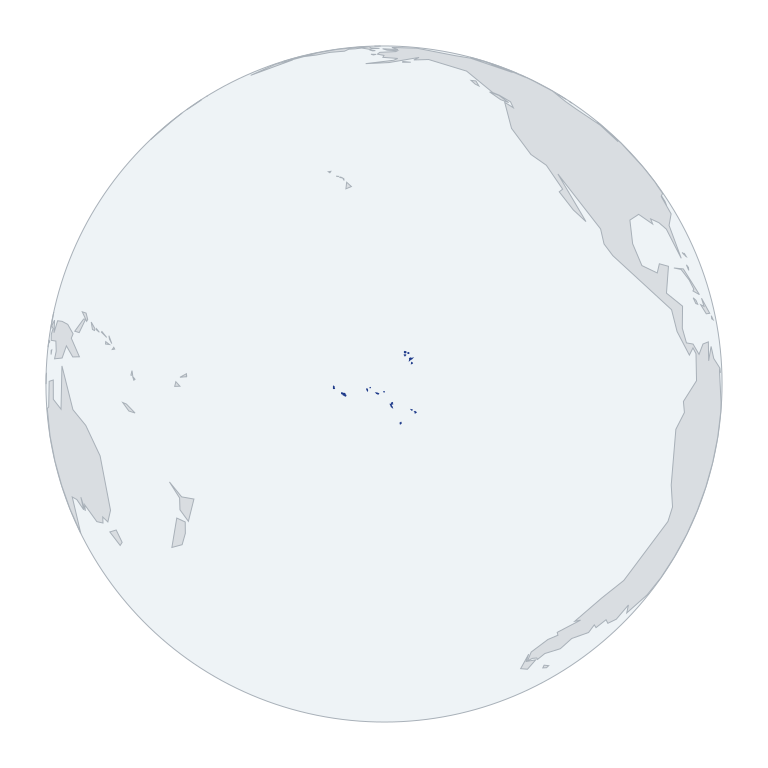 the Earth from above French Polynesia, rotated 10°
{"feature_id": "PYF", "entity_name": "French Polynesia", "entity_type": "country or territory", "adm_level": 0, "iso_a3": "PYF", "parent_name": "Oceania", "parent_adm1": "", "projection": "orthographic", "projection_center": [-142.778, -14.829], "detail": "fine", "context": "on_globe", "style": "filled", "palette": "blue", "viewbox_px": 768, "rotation_deg": 10, "n_neighbors": 0, "source": "natural_earth", "source_scale": "50m", "svg_char_len": 7815}
<svg xmlns="http://www.w3.org/2000/svg" viewBox="0 0 768 768"><g transform="rotate(10 384 384)"><circle cx="384" cy="384" r="338" fill="#eef3f6" stroke="#a8b0b8"/><path d="M187.6,408.2L188.4,410.7L188.1,411.1L187.6,408.2ZM499.2,66.3L507.2,70.7L513.7,74.3L525.6,79.9L552.1,91.6L560.1,96.8L572.4,104.7L568.9,101.7L558.0,94.8L554.5,92.3L548.5,88.8L575.6,105.6L600.9,124.9L603.5,127.2L602.6,126.3L615.9,138.2L618.9,141.5L625.3,147.9L624.5,150.4L629.0,155.4L631.4,159.3L624.2,150.9L637.2,166.6L637.2,178.3L654.9,208.6L635.2,182.5L626.7,177.4L617.9,175.1L620.8,179.8L605.3,172.7L597.7,179.9L604.5,202.7L617.4,222.6L633.8,227.2L634.3,217.8L643.7,218.7L646.4,245.5L664.5,255.5L668.1,277.3L674.7,291.0L681.4,291.0L689.1,300.1L691.2,289.2L696.1,286.2L699.7,304.8L699.6,290.2L704.3,301.6L711.8,309.8L712.2,313.3L719.1,343.5L720.5,353.2L721.9,378.6L721.3,404.2L718.8,429.6L714.4,454.7L708.2,479.5L700.0,503.7L690.1,527.2L689.3,528.5L679.8,545.9L662.8,567.3L663.1,559.2L653.6,575.3L646.0,580.8L643.6,577.6L635.1,587.1L632.9,584.7L628.6,593.2L613.1,602.0L603.6,614.1L589.2,621.5L583.0,628.6L582.0,627.3L577.8,628.4L573.4,631.8L575.5,622.4L589.7,607.2L598.9,601.2L597.7,598.5L618.6,582.4L613.0,584.6L635.7,556.8L654.3,535.8L687.5,470.1L689.5,455.0L684.4,433.6L679.3,377.9L684.8,359.9L681.9,349.2L691.2,326.5L686.0,300.0L682.0,294.8L679.7,302.5L663.5,281.4L654.3,260.9L587.1,217.9L576.4,207.9L570.4,193.7L518.8,147.0L554.7,189.0L540.2,179.7L523.2,164.3L526.1,161.1L505.9,140.4L488.9,132.5L465.2,110.1L454.0,85.7L463.4,89.5L459.6,84.1L447.5,79.6L440.5,78.1L411.0,61.5L371.6,56.7L357.1,59.7L361.8,56.3L333.0,66.6L310.3,71.7L337.3,63.5L341.0,61.0L326.2,62.5L326.9,60.4L320.2,60.3L322.3,58.1L337.9,54.6L339.5,53.4L329.0,54.7L324.4,54.1L339.7,52.2L333.3,51.2L358.2,47.6L397.3,48.3L412.5,48.1L456.5,54.9L453.9,53.8L468.9,57.2L471.4,57.6L478.9,59.7L476.0,58.8L499.2,66.3ZM312.6,198.4L312.2,191.8L317.6,195.2L312.6,198.4ZM308.6,188.5L309.4,190.5L308.0,188.9L308.6,188.5ZM305.3,187.7L307.7,188.3L304.8,188.3L305.3,187.7ZM300.7,187.6L303.2,187.4L302.9,187.7L300.7,187.6ZM658.8,218.7L679.1,241.2L672.1,238.7L672.6,236.7L666.5,228.6L656.7,219.6L649.3,219.4L658.8,218.7ZM294.0,185.4L292.3,184.6L294.7,183.8L294.0,185.4ZM657.8,205.1L654.7,202.7L657.1,203.8L657.8,205.1ZM437.2,78.0L447.2,79.9L457.9,85.2L449.5,83.7L437.2,78.0ZM417.0,69.9L421.9,69.6L425.7,74.0L421.7,72.8L417.0,69.9ZM346.5,63.1L354.5,62.5L346.5,63.9L346.5,63.1ZM318.8,60.8L316.4,61.8L313.9,61.5L318.8,60.8ZM520.1,74.7L520.3,74.8L517.7,73.6L517.1,73.4L520.1,74.7ZM314.9,57.9L311.7,57.5L317.6,57.2L314.9,57.9ZM513.7,72.0L512.8,71.6L508.2,69.8L504.5,68.3L513.7,72.0ZM311.6,56.9L303.7,57.0L297.5,58.9L310.6,54.4L313.0,55.2L321.3,54.3L314.3,55.7L311.6,56.9ZM469.9,57.2L465.1,56.0L464.8,55.9L469.9,57.2ZM440.9,50.9L444.4,51.5L443.1,51.3L455.9,53.8L460.9,55.0L444.8,52.4L433.7,50.3L441.4,51.3L426.4,49.0L428.9,49.1L429.9,49.2L440.9,50.9ZM319.1,52.4L319.5,52.3L322.1,51.8L319.1,52.4ZM427.9,48.9L421.2,48.7L414.5,47.8L414.7,47.5L412.1,47.2L423.9,48.4L427.9,48.9ZM568.0,640.6L573.4,624.9L572.2,632.6L581.3,629.3L574.8,640.0L568.0,640.6ZM590.5,633.1L595.1,632.8L593.3,635.2L589.7,636.0L590.5,633.1ZM303.2,55.9L310.6,54.4L297.5,58.9L291.2,60.4L287.3,63.1L273.5,66.7L260.2,71.8L247.3,75.8L237.9,80.3L237.5,80.9L224.5,88.4L199.1,103.2L221.5,88.0L260.0,70.0L244.5,76.5L248.6,74.5L243.4,76.7L232.7,81.8L255.5,71.5L279.1,62.8L303.2,55.9ZM232.3,82.0L230.7,82.9L229.0,83.7L232.3,82.0ZM712.0,309.9L713.3,314.6L712.4,313.2L712.0,309.9ZM673.5,245.4L676.7,247.4L679.1,251.0L677.1,250.6L673.5,245.4ZM694.5,259.9L697.0,263.6L695.4,262.9L694.5,259.9ZM681.8,244.4L692.5,257.8L689.2,258.9L682.1,250.9L685.7,252.0L681.8,244.4ZM661.1,214.1L663.6,216.4L664.4,219.2L661.1,214.1ZM659.6,206.1L659.0,205.9L656.8,202.9L659.6,206.1ZM203.2,552.0L212.2,554.4L214.3,565.6L213.1,577.3L203.5,581.8L203.2,552.0ZM152.2,588.8L139.7,577.3L145.6,574.3L153.6,585.4L152.2,588.8ZM204.9,543.3L202.5,531.7L189.7,517.7L204.3,530.3L216.8,530.3L215.2,553.2L204.9,543.3ZM64.1,493.0L56.6,466.6L57.8,464.9L53.8,439.5L57.6,437.5L61.0,456.5L70.3,464.9L63.7,422.1L82.1,463.3L97.5,476.6L116.9,504.1L136.6,555.9L136.0,567.8L130.1,563.8L131.4,569.7L125.1,569.4L110.2,554.9L111.9,560.8L105.1,548.1L110.1,560.0L101.5,551.1L96.6,549.4L111.0,583.0L110.8,582.9L96.6,561.8L84.1,539.7L73.2,516.7L64.1,493.0ZM129.9,447.6L133.8,448.5L143.9,455.8L137.4,454.9L129.9,447.6ZM178.6,417.9L183.4,421.6L178.3,422.7L178.6,417.9ZM188.1,411.1L181.9,412.8L187.6,408.2L188.1,411.1ZM135.0,420.0L138.0,422.6L137.0,423.7L135.0,420.0ZM133.2,419.2L133.5,414.6L135.0,419.1L133.2,419.2ZM110.4,397.2L111.5,394.8L112.7,396.4L110.4,397.2ZM50.9,440.6L49.8,433.8L49.7,431.5L51.2,442.8L50.9,440.6ZM106.8,392.8L102.8,393.0L102.6,390.6L106.8,392.8ZM105.8,387.4L104.7,384.2L108.9,391.5L105.8,387.4ZM97.1,381.3L102.8,386.3L96.7,382.0L97.1,381.3ZM94.7,382.5L91.3,380.5L91.3,379.5L94.7,382.5ZM68.1,393.2L79.3,410.1L72.8,411.4L64.6,401.6L62.5,414.3L55.2,416.4L55.5,408.6L53.4,398.7L48.7,398.8L47.7,392.9L48.5,386.9L46.7,384.4L48.5,378.3L50.1,390.8L51.6,378.4L56.1,378.2L62.2,380.2L69.1,388.6L68.1,393.2ZM50.4,408.6L50.9,408.1L51.0,412.8L50.4,408.6ZM84.9,373.8L89.8,379.8L89.6,381.6L87.4,380.9L84.9,373.8ZM70.3,385.7L76.9,372.2L78.9,372.0L74.9,386.3L70.3,385.7ZM74.3,365.3L78.3,365.9L81.0,371.9L80.3,373.9L74.3,365.3ZM46.6,403.3L46.6,402.2L46.8,406.1L46.7,404.8L46.6,403.3ZM46.5,398.8L47.5,400.5L46.7,402.3L46.5,398.8ZM46.2,375.0L46.3,370.5L46.3,375.3L46.2,387.8L46.1,378.7L46.2,375.0ZM124.1,168.1L124.5,167.6L127.1,164.5L135.4,155.2L138.1,152.2L130.6,160.7L114.8,180.0L111.7,183.9L124.1,168.1ZM155.0,135.5L154.5,136.3L150.4,140.3L142.5,147.8L143.4,146.8L142.0,148.2L155.0,135.5ZM160.2,130.9L159.2,131.7L159.4,131.5L160.2,130.9ZM315.9,53.0L319.2,52.4L316.9,52.8L315.9,53.0Z" fill="#d9dde1" stroke="#a8b0b8" stroke-width="1"/><path d="M347.3,401.4L348.1,401.7L348.3,402.1L348.1,402.4L347.7,402.3L347.5,402.2L347.2,401.7L346.4,401.8L345.9,401.7L345.6,401.0L345.5,400.7L346.2,400.3L347.0,400.4L347.2,400.8L347.3,401.4ZM405.8,353.9L406.7,354.3L406.9,354.2L406.7,354.5L405.8,354.7L405.5,354.8L405.2,354.7L405.0,354.4L405.8,353.9ZM399.8,349.3L399.2,349.4L398.9,349.4L398.7,348.9L398.8,348.6L399.8,348.6L399.9,348.8L399.9,349.0L399.8,349.3ZM335.5,397.0L335.2,397.0L335.1,396.3L335.1,396.2L335.4,396.4L335.7,396.9L335.5,397.0ZM344.5,400.6L344.4,400.8L344.1,400.7L344.0,400.4L344.0,400.2L344.5,400.2L344.7,400.3L344.5,400.6ZM402.8,349.5L402.4,349.5L402.3,349.2L402.6,349.0L402.9,349.1L403.0,349.2L403.0,349.3L402.8,349.5ZM399.7,352.3L399.4,352.0L399.3,351.9L399.7,351.7L400.0,351.8L399.7,352.3ZM368.7,392.9L368.7,393.0L368.4,392.7L368.2,392.2L367.9,391.8L367.9,391.5L368.1,391.9L368.4,392.3L368.5,392.6L368.7,392.9ZM395.0,401.9L395.1,402.0L394.9,402.0L394.8,401.7L395.0,401.5L395.1,401.3L395.3,401.1L395.8,400.9L396.0,400.8L395.9,400.9L395.2,401.3L395.0,401.6L394.9,401.8L395.0,401.9ZM407.9,358.8L407.7,358.9L407.7,358.3L408.0,358.4L408.1,358.5L407.9,358.8ZM394.9,403.9L395.0,404.0L394.7,403.9L394.5,403.6L394.2,403.2L394.4,403.2L394.6,403.4L394.9,403.9ZM335.1,395.7L335.0,395.8L334.9,395.7L334.9,395.3L335.1,395.4L335.2,395.5L335.1,395.7ZM405.6,355.3L405.2,355.8L405.2,355.3L405.3,355.2L405.5,355.2L405.6,355.3ZM420.2,406.4L420.1,406.5L420.1,406.4L419.9,406.4L419.7,406.2L419.4,406.1L419.2,406.0L419.3,405.9L419.5,406.0L420.0,406.3L420.2,406.4ZM371.1,390.1L371.1,390.4L371.0,390.1L370.6,389.7L371.1,390.1ZM395.7,405.0L395.8,405.2L395.6,405.1L395.2,404.9L395.2,404.7L395.7,405.0ZM380.3,394.6L380.6,394.9L380.2,394.7L379.6,394.6L379.8,394.5L380.1,394.5L380.3,394.6ZM379.5,394.7L379.3,394.7L378.7,394.3L379.0,394.3L379.3,394.6L379.5,394.7ZM416.4,405.1L415.9,404.7L416.1,404.7L416.4,405.1ZM407.5,419.7L407.4,419.8L407.4,419.7L407.3,419.3L407.2,419.3L407.3,419.2L407.5,419.5L407.5,419.7ZM385.5,391.5L385.4,391.5L385.5,391.1L385.5,391.5Z" fill="#3b82f6" stroke="#1e3a8a" stroke-width="1.5"/></g></svg>